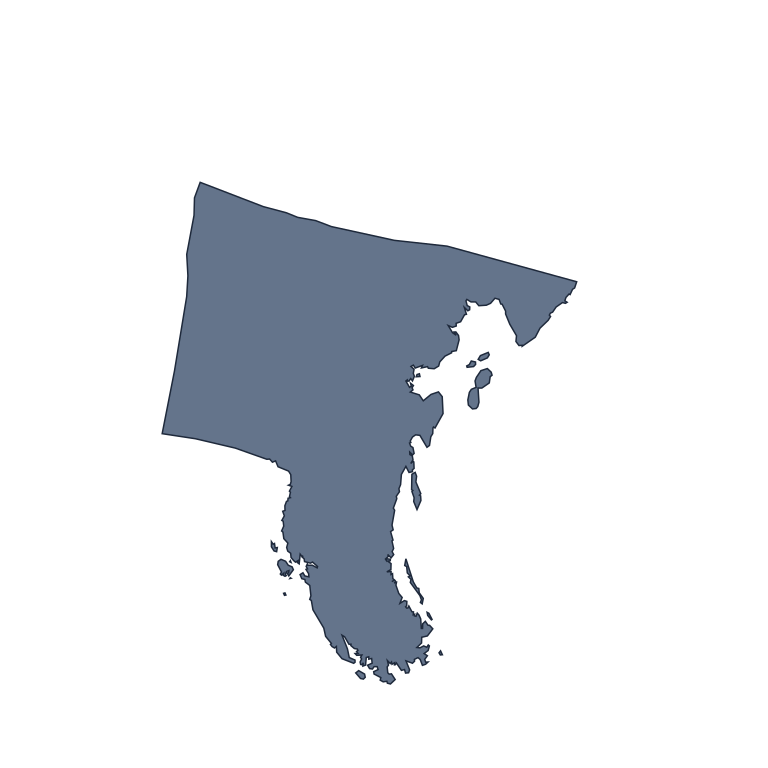 Fakfak, Papua Barat, Indonesia (Mercator projection), rotated 241°
{"feature_id": "22746128B79106566109504", "entity_name": "Fakfak", "entity_type": "district", "adm_level": 2, "iso_a3": "IDN", "parent_name": "Indonesia", "parent_adm1": "Papua Barat", "projection": "mercator", "projection_center": [132.521, -3.203], "detail": "fine", "context": "isolated", "style": "filled", "palette": "slate", "viewbox_px": 768, "rotation_deg": 241, "n_neighbors": 0, "source": "geoboundaries", "source_scale": "gbopen_adm2", "svg_char_len": 6185}
<svg xmlns="http://www.w3.org/2000/svg" viewBox="0 0 768 768"><g transform="rotate(241 384 384)"><path d="M649.5,321.0L638.7,308.5L623.6,299.6L593.0,274.3L573.6,264.9L556.1,253.8L496.9,207.0L448.1,165.9L427.5,192.6L400.1,222.8L375.0,245.0L373.8,247.6L369.7,248.5L369.3,251.9L363.0,251.2L354.1,258.3L349.9,258.5L343.6,255.4L341.6,253.3L341.8,251.4L339.1,253.8L336.1,249.3L334.7,249.7L331.3,246.7L330.0,247.0L330.6,244.7L328.4,243.2L328.6,241.8L325.6,238.3L321.4,236.1L321.8,233.7L317.0,232.9L314.2,228.5L312.9,229.3L308.3,227.4L305.1,223.2L303.5,223.8L297.3,221.4L291.5,222.8L288.2,219.6L284.5,218.8L281.2,220.3L277.3,218.6L273.3,219.4L271.1,220.2L271.2,223.2L269.8,221.7L267.8,222.6L275.8,228.2L273.0,228.6L273.0,230.0L272.4,228.5L269.8,229.4L267.2,228.4L263.0,232.8L262.9,235.2L256.6,237.4L255.6,236.4L260.3,233.4L262.4,229.4L263.8,229.7L262.2,227.5L259.4,227.5L259.7,225.9L254.7,226.1L251.8,224.8L254.5,221.7L258.2,221.6L258.0,218.2L253.6,217.7L251.4,220.0L248.8,219.2L243.8,221.4L234.2,217.4L231.6,214.6L229.9,215.5L221.0,212.4L199.7,213.0L191.6,210.6L182.6,212.2L182.2,210.9L179.5,211.3L177.1,212.7L177.5,215.1L172.4,212.6L164.1,214.1L154.4,222.1L154.7,223.8L156.6,224.8L161.6,221.0L170.0,223.6L184.6,225.5L182.0,227.0L173.3,227.2L172.4,229.0L171.3,228.2L167.0,229.8L165.1,232.2L163.6,232.0L163.4,230.3L161.0,230.7L162.3,228.0L159.9,228.6L157.7,233.3L156.3,231.0L154.4,231.1L152.4,228.3L150.0,227.6L149.1,228.7L150.2,230.7L147.5,228.8L147.1,231.6L153.4,235.9L152.8,238.4L150.7,237.3L149.9,240.1L145.6,238.3L146.0,233.3L142.1,233.4L140.3,235.7L141.6,238.3L140.1,241.0L137.1,240.4L137.4,235.5L135.1,234.7L128.8,238.9L126.8,237.1L123.9,238.9L122.6,242.4L120.7,241.9L118.5,244.2L120.1,250.5L126.9,250.0L127.7,247.9L129.6,247.3L135.0,249.6L135.9,251.6L140.4,252.9L136.5,253.9L137.2,255.8L135.0,255.1L135.1,258.2L133.3,257.0L133.0,257.8L134.0,259.6L125.1,260.4L124.3,263.5L120.7,262.7L119.5,265.5L121.5,267.8L131.2,269.0L126.0,273.5L126.7,276.3L128.4,277.1L128.2,281.1L125.5,282.1L119.3,281.2L118.7,284.5L119.5,287.7L120.5,285.6L123.4,286.1L125.3,290.2L128.8,288.4L129.5,293.4L132.9,296.7L134.3,296.2L133.0,293.8L135.7,291.7L135.8,287.5L137.6,285.0L139.3,291.3L144.2,294.2L142.6,299.8L146.2,308.0L150.8,306.9L151.7,305.5L156.4,305.1L155.5,301.6L151.5,299.2L152.1,298.1L160.7,302.2L164.9,302.6L167.5,302.0L165.3,299.4L166.5,298.2L167.8,299.2L168.0,297.7L170.4,299.3L171.3,298.0L177.8,298.1L176.5,296.2L177.1,295.1L178.7,294.9L179.0,296.3L182.8,298.6L184.7,296.8L184.4,291.6L188.5,296.4L193.7,295.4L202.3,296.9L204.5,298.8L205.1,296.3L205.1,298.6L207.4,298.2L207.4,295.0L207.4,298.2L209.5,297.4L214.0,299.5L214.0,297.8L216.6,299.3L218.3,295.4L218.4,300.1L223.5,303.1L227.2,301.4L226.4,303.8L227.6,304.6L229.9,301.6L228.6,300.5L230.2,300.4L231.1,304.2L233.1,304.6L228.5,305.9L230.1,309.8L233.4,309.8L235.5,312.7L242.9,314.9L243.1,316.2L251.7,318.2L252.0,321.3L256.7,322.6L268.4,332.1L270.9,332.0L277.5,339.6L279.8,340.3L282.3,345.3L285.2,346.3L287.9,349.7L296.5,355.4L301.3,363.2L294.5,363.0L293.5,366.4L295.1,367.2L295.6,369.4L301.4,372.3L302.3,372.0L301.5,368.8L303.6,372.6L307.4,373.9L309.8,372.4L312.0,373.5L308.1,374.7L308.7,376.7L314.4,378.5L316.7,377.2L320.0,377.7L319.8,379.1L321.4,379.3L323.8,383.2L324.2,387.0L321.7,390.5L307.8,390.9L308.2,394.0L315.2,399.4L317.0,402.6L321.8,405.5L322.4,406.4L320.8,407.3L329.5,421.3L344.7,428.8L350.7,427.8L352.1,420.1L350.3,410.2L357.4,409.6L364.2,403.1L364.8,406.5L367.1,406.7L368.4,409.0L371.8,407.6L368.9,406.8L368.7,404.7L376.0,404.6L376.3,406.3L375.1,405.9L374.5,407.2L375.8,410.0L372.9,410.4L376.0,414.3L379.1,414.8L382.3,417.4L386.3,416.1L386.3,418.8L382.8,419.1L381.6,426.7L379.9,424.5L378.1,430.5L376.3,430.4L373.0,435.3L373.2,440.5L376.3,443.5L378.8,450.9L378.5,458.2L379.6,459.0L378.1,463.4L386.2,471.1L390.3,472.7L394.7,472.1L395.5,470.5L391.7,470.7L395.7,468.8L404.0,468.5L400.4,471.3L399.7,475.3L402.1,476.5L401.3,481.2L405.5,488.0L405.0,489.9L412.0,491.4L407.4,492.8L407.4,494.9L409.8,496.4L412.3,494.8L417.0,496.0L417.8,497.5L413.7,499.8L411.3,504.0L406.5,504.9L403.3,511.7L402.9,516.3L405.2,522.6L402.2,525.7L397.4,524.9L396.5,526.0L388.8,525.7L386.3,524.3L375.3,523.0L362.0,523.3L357.2,520.0L352.2,520.7L350.9,523.6L350.0,523.1L351.6,539.0L357.2,547.5L360.1,558.4L362.3,562.4L364.1,562.0L365.3,563.9L365.1,566.3L367.9,571.9L368.7,579.6L366.6,581.8L366.7,583.8L369.1,582.5L371.5,585.1L373.0,589.5L372.0,590.1L375.4,594.8L375.6,597.3L380.0,602.1L474.0,506.0L504.7,462.6L547.2,414.3L560.1,403.4L571.6,389.3L580.9,381.8L597.7,364.4L649.5,321.0ZM324.7,447.6L319.3,449.3L317.9,452.7L318.8,455.1L322.0,458.2L334.9,464.3L333.0,467.6L333.9,476.6L338.9,480.4L339.3,482.8L342.4,483.5L347.4,481.9L348.7,475.2L345.0,468.0L342.5,465.1L336.4,462.9L337.0,457.8L335.3,454.6L329.4,449.6L324.7,447.6ZM266.8,353.0L258.2,352.0L264.2,359.8L268.4,361.8L269.6,361.1L270.2,363.0L282.9,364.4L287.5,367.8L291.6,368.4L291.5,364.6L278.2,356.9L276.9,357.6L276.4,356.3L269.9,355.2L266.8,353.0ZM277.5,203.4L269.2,203.2L268.1,201.2L266.6,201.6L267.1,204.5L265.6,203.1L263.8,204.2L263.8,205.6L265.5,205.5L267.3,207.9L266.9,210.4L265.1,209.1L265.7,207.6L262.3,207.7L265.5,214.7L268.6,215.0L271.9,212.4L276.7,212.0L280.6,208.9L280.2,205.5L277.5,203.4ZM177.1,312.1L175.3,309.9L173.2,310.8L177.4,314.4L184.3,313.6L188.3,315.3L189.7,313.8L196.7,313.7L220.5,318.4L215.2,314.1L213.3,315.3L207.5,312.8L203.5,313.8L203.5,311.8L200.0,312.9L197.7,310.8L181.5,312.8L177.1,312.1ZM139.7,226.4L145.6,222.9L145.0,219.2L137.8,220.7L135.9,222.9L136.6,225.4L139.7,226.4ZM361.1,490.5L362.1,482.1L359.9,478.3L357.4,479.8L356.7,487.1L358.5,490.2L361.1,490.5ZM358.9,474.7L361.8,471.5L359.6,468.0L359.7,465.1L358.3,464.8L355.8,470.8L356.7,473.6L358.9,474.7ZM296.2,206.6L291.3,206.9L289.4,208.8L292.7,211.4L293.4,209.3L297.6,210.9L297.6,209.4L300.7,209.1L296.2,206.6ZM163.4,311.0L160.4,310.0L154.7,311.1L154.8,311.9L161.7,312.1L163.4,311.0ZM375.8,419.9L376.3,417.5L374.7,415.7L373.1,419.1L375.8,419.9ZM119.7,301.9L118.9,303.8L123.2,304.1L122.2,301.8L119.7,301.9ZM249.3,196.1L249.6,194.7L247.4,194.5L247.0,195.9L249.3,196.1ZM274.9,216.5L274.3,215.3L273.0,216.2L274.9,216.5ZM259.2,208.5L259.9,208.1L259.5,207.4L259.2,208.5Z" fill="#64748b" stroke="#1e293b" stroke-width="1.5"/></g></svg>